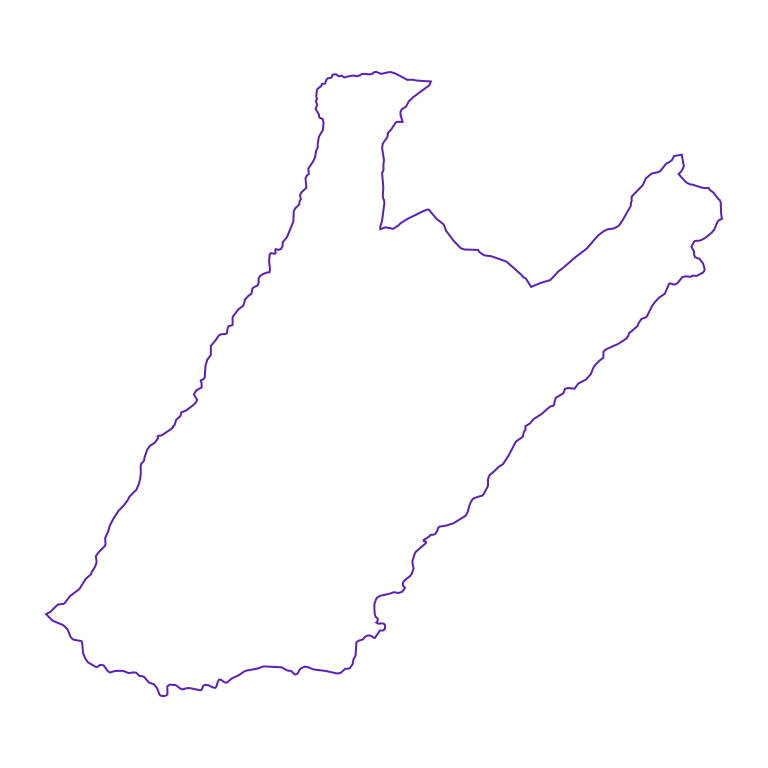 the district of Albán (San José), Nariño, Colombia
{"feature_id": "7082276B58803331462787", "entity_name": "Albán (San José)", "entity_type": "district", "adm_level": 2, "iso_a3": "COL", "parent_name": "Colombia", "parent_adm1": "Nariño", "projection": "mercator", "projection_center": [-77.067, 1.474], "detail": "fine", "context": "isolated", "style": "outline", "palette": "violet", "viewbox_px": 768, "rotation_deg": 0, "n_neighbors": 0, "source": "geoboundaries", "source_scale": "gbopen_adm2", "svg_char_len": 6056}
<svg xmlns="http://www.w3.org/2000/svg" viewBox="0 0 768 768"><path d="M46.1,614.1L52.4,620.6L62.7,624.9L65.0,626.7L67.6,629.5L70.5,636.7L72.4,639.0L73.6,639.7L81.5,641.1L82.2,642.9L83.0,652.8L85.2,658.3L88.0,662.4L95.8,666.9L98.0,666.7L99.9,665.0L101.8,664.9L103.8,665.5L107.5,670.8L109.5,672.3L110.5,672.5L113.2,671.4L116.5,670.9L120.6,670.8L123.6,671.0L128.0,672.9L129.6,673.1L132.6,672.4L136.2,672.7L139.4,675.9L143.1,676.4L144.3,677.1L148.9,682.5L154.1,684.4L157.1,688.3L159.3,694.1L160.0,695.2L161.2,695.8L164.8,696.1L167.0,694.8L167.5,693.9L167.3,687.0L167.6,686.0L170.0,684.6L175.7,685.1L181.2,689.2L183.4,689.2L186.4,688.2L189.8,688.1L200.5,690.3L202.0,689.5L202.8,686.3L205.0,684.8L208.2,685.1L212.3,687.2L214.9,687.9L215.8,687.5L216.6,685.9L217.9,681.6L219.1,679.5L221.2,679.9L224.7,682.4L226.9,682.6L232.0,678.3L238.8,675.2L243.7,671.8L246.3,670.6L257.5,668.6L263.7,666.4L281.6,667.3L286.9,670.3L291.4,671.2L294.8,674.5L296.7,674.2L297.7,673.4L299.9,669.4L301.1,668.3L304.7,666.7L307.5,667.0L313.7,669.5L325.5,670.9L337.1,673.5L340.6,672.9L345.1,668.9L349.6,668.4L352.6,664.2L353.3,660.1L355.6,655.2L356.4,642.4L358.5,640.8L363.1,639.3L365.1,636.7L368.0,635.4L370.7,635.7L374.1,637.9L374.9,638.0L379.8,630.6L383.3,630.4L385.0,628.7L384.9,624.8L384.1,623.9L381.8,623.3L378.9,623.7L377.3,623.3L376.3,622.5L377.7,620.8L377.9,619.0L375.7,616.8L374.8,614.5L374.3,607.7L374.5,603.9L376.0,599.3L377.2,597.6L380.2,595.8L390.3,593.5L393.8,592.2L398.6,593.0L402.4,591.6L405.0,587.7L402.9,585.4L402.8,583.5L403.6,581.3L410.2,575.9L411.7,573.9L413.2,569.6L413.5,567.9L412.6,564.1L412.5,560.7L414.9,553.3L415.9,551.7L425.9,543.1L425.9,541.6L423.8,541.1L423.8,539.9L429.3,536.5L430.4,534.9L433.5,534.7L435.5,533.7L437.4,530.6L437.9,528.4L439.3,526.7L446.1,525.6L453.4,523.3L465.7,515.7L467.8,511.7L469.0,506.8L470.5,502.7L472.5,499.3L473.6,498.4L477.6,496.9L482.3,495.6L483.8,493.8L488.0,486.0L488.0,479.2L489.6,475.0L492.9,472.5L498.3,467.2L503.0,464.1L508.6,455.5L516.0,441.5L522.8,436.8L523.9,431.7L525.5,429.6L525.4,426.2L530.2,423.3L533.5,419.1L541.5,414.1L548.7,407.7L550.7,406.3L553.1,405.9L554.2,404.3L554.6,401.4L555.9,397.7L563.0,393.6L563.7,392.7L564.9,388.9L568.2,388.0L574.5,388.7L578.3,383.5L586.1,379.5L590.9,373.9L593.2,368.1L594.8,365.5L599.2,360.9L603.3,357.8L603.5,351.8L604.0,350.9L606.6,349.0L618.0,344.0L626.2,338.7L628.1,336.2L629.4,332.6L631.2,331.6L637.8,325.7L638.4,323.5L641.5,318.9L645.8,317.4L646.8,316.5L652.4,305.5L654.9,302.1L659.1,297.6L664.9,293.7L669.1,283.7L670.1,283.3L673.5,284.5L675.5,284.4L677.7,282.9L682.4,277.0L686.1,276.3L690.6,276.9L692.5,275.7L696.9,275.8L703.1,272.5L704.0,271.4L704.7,269.3L703.1,263.6L699.4,258.6L697.4,258.3L695.0,257.1L694.2,255.1L694.0,251.4L691.4,246.9L693.9,241.9L694.9,241.0L699.7,240.6L701.6,239.9L705.4,237.8L711.8,232.6L714.4,229.3L717.6,221.6L719.0,220.2L721.9,218.9L721.1,213.2L720.7,202.3L719.8,200.2L717.9,198.5L713.5,192.7L709.8,189.9L708.6,187.9L705.4,188.2L701.6,187.6L692.1,184.5L690.5,184.5L686.6,182.7L685.0,181.2L678.6,174.1L681.5,171.1L683.9,166.3L681.7,154.7L674.0,156.0L672.2,159.8L670.1,161.6L666.3,163.6L660.2,171.1L657.5,172.3L651.8,173.5L645.9,178.3L642.7,185.3L632.2,196.0L631.6,197.2L631.7,201.1L631.0,202.6L630.6,206.3L622.6,220.2L618.9,225.7L613.8,228.5L607.7,229.3L605.9,230.1L603.3,231.5L597.7,235.8L586.7,248.7L575.5,257.1L562.9,268.0L558.4,271.4L550.4,280.0L540.1,283.1L531.2,286.9L525.8,278.5L523.3,277.1L521.5,274.9L506.5,261.6L490.9,256.1L485.5,255.6L483.3,254.8L479.3,252.0L478.0,249.9L464.5,249.5L460.9,248.3L453.9,241.1L446.0,230.7L444.1,225.4L443.1,224.0L436.5,218.8L428.9,209.7L427.5,209.5L423.3,211.1L407.9,218.7L400.6,223.2L398.5,225.4L393.2,228.8L385.4,227.3L380.4,229.2L380.2,226.7L382.0,221.2L384.4,203.1L384.0,199.9L383.1,198.3L382.8,195.6L383.3,187.4L382.1,173.1L383.5,170.0L383.4,164.8L384.0,160.0L382.1,148.1L382.8,143.6L387.3,137.1L388.1,132.7L391.2,129.5L395.3,123.1L396.7,121.9L402.6,121.9L400.5,114.8L400.5,111.9L401.8,109.3L405.9,106.8L408.8,101.4L413.4,97.0L429.4,85.2L430.9,81.5L416.4,80.5L413.2,79.8L407.3,79.8L396.0,73.8L391.1,72.1L388.5,72.2L381.2,73.9L376.3,71.9L374.5,72.1L372.0,73.9L370.9,74.1L369.2,74.4L363.3,73.8L361.2,74.4L359.3,75.6L356.6,76.2L354.0,75.6L351.4,75.7L344.6,77.3L343.9,77.3L341.9,75.7L338.7,76.3L336.2,74.3L333.2,74.5L332.3,75.1L331.9,76.8L330.8,77.8L327.5,78.4L325.7,81.3L325.3,83.2L324.3,83.8L321.9,84.0L321.4,85.9L317.6,88.8L316.8,90.6L316.3,96.6L317.0,98.8L315.9,101.0L317.1,104.8L315.6,108.9L319.0,114.7L319.1,116.9L319.8,117.8L322.7,119.0L323.5,122.4L323.0,129.8L318.9,136.7L317.7,144.1L317.8,147.4L316.2,150.6L314.8,158.1L312.7,162.1L308.3,168.6L308.9,173.9L306.8,175.6L305.5,178.3L306.4,187.7L301.5,192.3L300.1,194.8L300.8,199.5L299.6,201.1L299.3,204.1L298.7,205.1L295.3,208.2L293.8,211.0L293.3,221.6L287.9,235.0L286.6,237.6L282.8,242.2L282.6,245.8L281.2,248.8L278.5,249.9L275.8,249.1L275.3,249.8L275.6,253.3L274.9,253.8L270.8,253.1L269.6,254.8L269.1,261.5L270.0,269.3L269.4,272.3L266.7,272.6L263.1,274.0L260.0,276.1L258.5,278.9L258.7,282.4L257.7,285.0L256.9,285.9L254.2,287.0L252.4,288.6L251.5,293.7L248.4,295.9L245.0,299.6L243.7,304.8L242.8,306.1L238.4,309.3L233.1,316.3L232.6,317.5L232.6,324.7L232.0,325.3L228.6,326.1L227.6,328.5L226.9,333.1L225.8,333.9L220.8,334.3L218.5,335.9L215.8,340.0L210.9,345.8L210.8,355.0L207.2,359.9L205.5,365.7L204.7,377.5L203.4,379.2L200.7,380.5L201.6,383.2L201.7,387.4L196.6,390.2L194.5,393.0L194.0,394.8L197.2,399.9L195.8,402.5L194.0,404.5L186.4,410.3L181.3,412.4L180.4,416.1L176.2,419.7L174.5,425.2L173.2,426.1L173.1,427.1L171.9,428.5L162.5,434.8L160.7,435.6L158.3,435.8L157.6,436.4L157.9,438.5L154.8,442.7L149.9,445.9L147.3,449.4L144.7,457.0L144.0,460.6L141.2,463.9L140.7,465.3L140.8,473.1L140.2,478.9L138.6,484.6L136.5,489.6L129.4,496.7L127.7,500.2L123.9,505.3L118.3,511.1L113.4,518.7L109.8,525.6L108.2,531.4L105.2,538.0L105.5,544.2L104.5,546.4L98.9,552.0L95.8,556.2L96.6,561.6L96.3,563.5L94.7,567.4L91.6,572.1L91.0,574.3L85.7,578.9L79.4,589.0L69.9,596.2L64.6,603.2L63.5,603.9L57.9,604.5L50.4,611.8L46.1,614.1Z" fill="none" stroke="#5b21b6" stroke-width="2"/></svg>